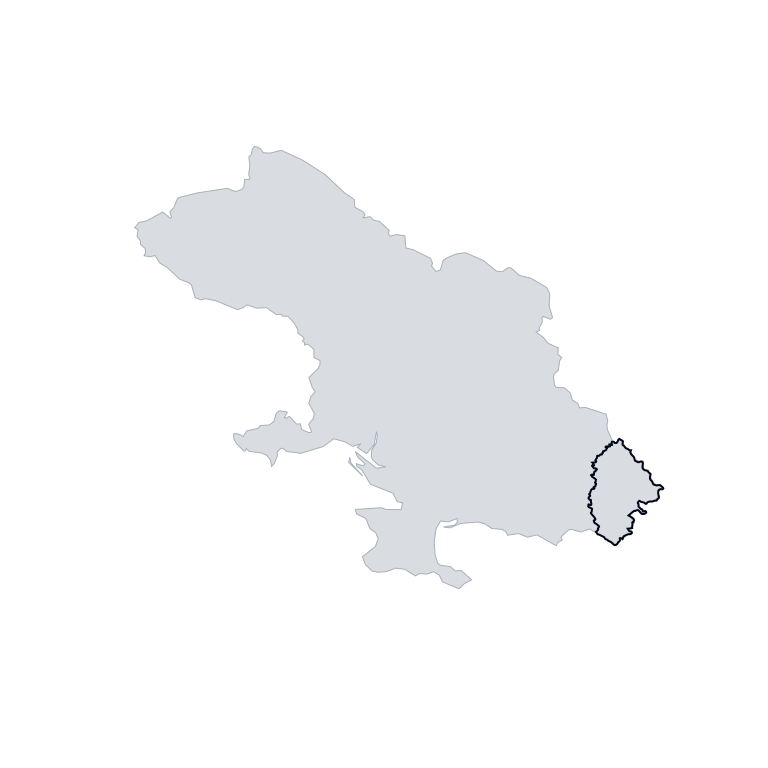 Ukraine, with Luhans'k highlighted, rotated 31°
{"feature_id": "UKR-329", "entity_name": "Luhans'k", "entity_type": "Region", "adm_level": 1, "iso_a3": "UKR", "parent_name": "Ukraine", "parent_adm1": "", "projection": "equal_earth", "projection_center": [38.683, 48.937], "detail": "fine", "context": "in_parent", "style": "outline", "palette": "ink", "viewbox_px": 768, "rotation_deg": 31, "n_neighbors": 0, "source": "natural_earth", "source_scale": "10m", "svg_char_len": 9475}
<svg xmlns="http://www.w3.org/2000/svg" viewBox="0 0 768 768"><g transform="rotate(31 384 384)"><path d="M508.3,493.4L516.0,504.4L522.5,510.0L525.9,510.2L535.2,506.3L541.1,507.6L546.4,504.1L559.9,506.7L555.7,513.7L553.7,520.9L536.1,523.5L529.7,519.3L522.9,519.5L518.9,524.7L512.0,528.2L509.7,532.3L497.3,532.1L488.9,535.8L482.4,543.8L475.3,548.8L469.7,550.4L461.2,548.4L454.5,543.2L460.3,527.7L458.7,519.5L453.3,515.6L446.5,515.3L437.7,508.6L427.4,509.5L424.1,506.2L445.7,491.3L450.3,490.6L463.4,482.8L461.2,476.4L455.7,478.0L448.3,473.0L424.0,476.9L409.7,469.3L402.9,468.4L401.3,466.6L408.4,464.9L409.0,462.1L399.3,460.3L394.2,456.7L420.8,460.1L428.2,454.1L420.7,456.3L413.3,454.9L410.6,453.0L407.5,446.9L407.7,438.5L404.6,431.1L402.1,428.7L406.7,440.9L404.9,452.7L393.7,452.0L394.9,447.2L389.3,453.6L380.5,453.7L369.1,456.8L363.9,469.1L348.5,486.2L335.0,492.0L330.5,491.1L328.6,492.5L327.4,497.7L329.6,500.3L331.0,508.8L330.1,512.5L325.8,507.7L320.4,505.5L314.3,506.3L303.1,511.2L299.3,510.3L299.5,512.8L298.5,513.6L288.3,511.1L283.9,508.7L280.7,504.2L284.1,502.1L290.4,501.3L290.5,494.9L298.9,486.9L299.4,483.2L306.6,478.4L308.9,472.9L306.8,465.0L308.0,460.8L315.7,458.0L316.0,464.2L317.6,463.7L319.5,460.5L329.6,463.4L332.8,461.3L336.9,465.5L344.8,464.3L346.8,462.4L340.2,457.4L341.2,449.5L339.3,445.0L329.5,439.3L327.8,432.3L329.1,426.2L324.1,423.8L316.3,417.0L319.5,404.9L319.2,400.4L317.1,396.9L310.5,397.5L306.0,390.4L298.1,389.1L295.7,391.6L294.6,389.3L291.9,389.4L292.3,386.5L290.5,385.4L283.9,384.7L282.5,382.0L275.6,378.0L266.9,375.4L262.0,378.0L259.9,377.3L256.1,379.9L243.7,379.2L235.9,384.5L225.5,386.9L224.2,390.7L220.1,395.8L197.0,399.2L187.0,402.9L183.6,406.2L177.6,407.3L168.0,398.3L164.9,397.7L154.8,399.4L138.4,395.8L129.8,395.9L121.4,391.8L118.3,395.2L112.3,397.7L112.0,394.2L109.4,390.8L103.4,389.8L101.6,386.8L96.3,384.7L93.8,378.4L89.8,378.4L90.8,371.6L96.3,366.7L105.8,350.6L115.5,352.0L115.9,350.3L111.7,346.5L113.0,341.4L111.4,331.3L113.5,328.5L125.4,316.5L149.0,296.9L157.6,295.6L161.8,290.6L162.3,287.1L159.2,280.3L163.5,277.8L163.3,276.7L160.0,274.0L156.9,266.4L151.2,259.0L152.1,255.6L150.2,250.6L150.7,246.9L156.6,245.9L161.5,247.9L167.4,244.8L175.6,236.6L198.2,234.1L225.4,234.8L251.9,240.5L263.5,241.2L268.0,247.5L277.7,247.3L280.4,248.5L280.5,252.3L285.9,247.7L290.6,249.0L296.3,247.0L309.3,249.7L310.6,253.1L313.2,254.1L317.3,249.8L325.5,246.2L332.7,256.1L339.4,254.0L358.9,252.3L363.4,255.4L364.0,258.4L370.6,260.8L373.6,257.2L371.0,247.5L372.8,243.8L378.7,235.5L386.2,229.5L405.1,227.0L422.4,229.3L427.6,226.8L430.4,220.5L432.7,219.1L444.4,221.2L455.3,217.7L473.9,217.6L479.7,221.3L485.4,232.1L494.2,240.1L493.5,242.7L485.3,244.2L485.1,245.5L487.7,249.2L488.4,256.9L489.8,257.8L487.7,261.2L496.5,262.0L503.5,264.6L514.8,263.3L517.7,269.1L522.6,269.8L522.6,273.6L526.4,282.6L524.7,287.4L525.3,290.3L530.9,297.2L533.6,298.2L540.6,294.4L547.9,295.6L553.9,300.8L560.1,300.8L563.9,303.8L568.5,300.4L589.9,295.5L594.9,300.4L595.7,303.5L598.8,307.9L609.8,315.6L613.1,314.8L614.1,311.3L616.7,310.2L622.9,313.8L629.2,314.3L638.0,319.5L646.2,318.3L650.4,322.9L655.6,323.5L665.9,330.0L675.6,329.8L674.9,335.8L677.1,338.3L676.6,343.2L669.6,351.0L663.0,353.3L665.2,357.2L672.9,359.8L673.3,361.0L666.5,361.6L663.6,364.5L661.7,370.7L668.0,372.7L669.8,380.3L668.4,382.7L672.0,384.2L664.9,402.0L634.9,402.3L629.0,409.5L620.0,411.9L617.3,414.0L614.5,424.1L617.1,426.0L614.5,430.3L614.9,433.9L592.7,434.6L586.0,441.3L576.3,443.0L567.9,449.9L564.4,447.8L560.1,447.8L550.8,452.3L542.4,451.9L535.8,453.8L521.5,464.1L514.8,473.2L508.4,476.0L517.4,468.5L517.9,464.6L515.9,461.6L510.2,469.0L503.0,472.4L503.1,481.1L508.3,493.4ZM413.3,473.9L394.0,469.4L392.4,464.5L396.5,468.8L413.3,473.9Z" fill="#d9dde1" stroke="#a8b0b8" stroke-width="1"/><path d="M614.5,309.8L616.5,309.9L617.4,309.8L618.0,309.9L618.5,310.3L619.4,312.7L619.8,313.1L620.5,313.4L621.9,313.5L622.4,313.7L623.2,314.1L624.4,314.5L626.7,314.1L628.3,314.4L628.6,314.3L628.9,314.1L629.7,313.9L629.8,313.8L630.0,314.7L630.1,315.3L630.3,315.7L630.5,315.9L632.4,317.0L635.8,317.9L636.9,318.7L637.7,319.7L638.6,320.4L641.6,320.3L642.2,320.1L642.8,319.7L643.8,318.4L644.4,317.9L645.6,317.5L646.5,318.2L648.3,322.0L649.0,322.8L650.0,323.4L651.2,323.6L652.5,323.4L653.7,322.9L654.9,322.6L656.1,323.3L656.7,323.5L658.6,323.7L659.0,324.1L659.4,325.1L659.9,326.8L660.8,328.2L661.7,328.8L662.9,329.1L664.2,329.6L665.9,330.9L666.6,331.2L667.4,331.2L668.4,331.0L669.4,330.7L670.2,330.3L672.1,328.7L672.9,328.5L673.5,328.5L676.7,329.2L677.2,329.6L677.1,330.5L676.6,331.1L675.3,331.7L674.7,332.1L674.1,333.5L674.3,334.8L675.0,336.0L676.3,337.7L677.8,339.1L678.2,339.8L678.2,340.5L677.7,341.9L677.7,343.4L677.4,343.8L676.7,344.2L676.0,344.6L675.0,346.1L674.4,346.6L672.5,347.8L671.6,348.5L670.9,349.5L670.7,350.0L670.7,351.2L670.5,351.7L670.1,351.9L669.6,351.9L668.7,351.8L667.7,351.8L665.0,352.6L663.4,352.5L662.8,352.8L662.6,354.9L663.0,355.4L663.7,355.8L664.3,356.3L664.7,357.0L665.0,357.6L665.4,358.0L666.1,358.3L668.7,358.8L669.8,358.6L670.2,358.7L670.6,358.9L671.2,359.6L671.6,359.8L672.3,359.4L672.9,358.8L673.5,358.3L674.3,358.4L675.0,359.1L674.9,359.9L674.5,360.7L673.9,361.4L672.4,362.4L671.1,362.5L667.5,361.3L666.8,361.3L666.1,361.6L665.4,362.3L665.1,362.7L664.9,363.2L664.7,363.6L663.9,363.8L663.6,364.2L661.6,369.8L661.3,370.8L662.6,370.8L663.2,370.6L667.1,371.0L667.9,371.4L668.6,372.1L668.8,373.2L668.9,373.5L669.1,374.1L668.9,374.4L668.6,374.5L668.3,374.5L668.2,374.5L668.3,375.2L668.6,375.5L668.9,375.7L670.0,377.7L670.3,378.7L670.6,379.3L670.9,379.7L670.2,380.3L669.6,380.9L667.4,382.5L669.6,383.7L670.3,383.7L672.0,383.1L672.7,383.3L673.2,384.0L673.1,384.8L672.7,385.6L672.1,386.1L670.6,387.1L670.0,387.8L668.3,390.4L667.9,391.2L667.9,392.2L668.4,393.5L668.3,393.9L668.3,394.0L668.0,393.9L666.2,394.2L665.9,394.4L665.6,394.8L665.7,395.0L666.0,395.3L666.3,395.7L666.8,396.7L666.8,397.1L666.8,397.7L666.7,398.1L666.3,398.7L666.2,399.1L666.2,399.4L666.4,400.0L666.2,401.4L665.7,402.5L664.8,403.2L663.7,403.4L660.5,402.6L659.5,402.6L657.5,402.9L656.5,402.8L655.7,402.5L654.3,402.9L653.6,402.9L653.0,402.7L651.9,402.0L651.2,401.9L646.4,402.3L645.1,402.6L644.5,402.7L643.8,402.5L642.0,401.5L641.9,401.5L642.0,401.1L642.6,398.9L642.5,398.3L642.1,398.0L641.9,397.9L641.8,397.6L641.8,397.2L641.8,395.8L641.8,395.4L641.6,395.2L638.6,394.6L636.2,394.6L635.9,394.5L635.5,394.3L634.7,393.6L634.4,393.3L634.2,393.1L634.3,392.7L634.5,392.3L634.8,391.9L634.9,391.7L634.9,391.1L634.8,390.9L634.6,390.8L632.7,389.8L628.6,388.5L627.9,388.1L627.8,387.9L627.7,387.8L627.9,386.8L627.8,386.5L627.3,385.5L627.1,385.1L627.0,384.7L626.9,384.3L626.7,383.9L626.4,383.7L623.1,384.0L622.6,383.9L622.2,383.7L621.9,383.5L621.7,382.9L621.4,382.1L621.4,381.8L621.5,381.7L623.2,381.4L623.4,381.3L623.7,381.1L623.8,380.9L623.8,380.6L623.7,380.4L623.3,379.7L623.0,379.3L622.3,378.8L622.0,378.5L621.8,378.0L621.7,377.7L621.3,377.1L621.1,376.9L620.9,376.8L620.4,377.3L620.1,377.3L619.9,377.3L619.5,377.1L618.9,377.0L618.6,376.9L618.2,376.6L618.0,376.4L617.9,376.2L617.9,375.9L617.9,375.6L618.0,375.1L618.3,374.3L618.3,374.0L618.3,373.6L618.2,373.5L618.0,373.4L617.5,373.3L617.1,373.2L616.8,373.0L616.6,372.8L616.6,372.6L616.6,372.3L616.9,371.6L616.9,371.4L616.8,371.1L616.4,370.1L616.4,369.4L616.3,368.7L616.2,367.5L616.3,367.2L616.6,366.8L617.4,366.3L617.9,365.7L618.1,365.3L618.1,365.1L618.0,364.9L617.9,364.9L617.0,365.0L616.9,365.0L616.8,364.8L616.8,364.4L616.9,364.1L617.6,363.2L617.7,362.9L617.8,362.7L617.7,362.4L617.6,361.9L617.3,361.5L617.2,361.2L617.3,360.8L617.3,360.5L617.2,360.3L617.1,360.2L616.0,360.0L615.8,359.8L615.6,359.7L615.6,358.9L615.6,358.6L615.5,358.2L615.1,357.3L615.0,356.8L613.7,356.5L610.0,356.3L609.8,356.2L609.6,356.1L609.3,355.8L609.1,355.7L608.5,355.5L608.4,355.4L608.6,354.9L608.8,354.7L609.3,354.7L609.5,354.7L609.6,354.3L609.6,354.2L610.3,354.1L610.5,354.0L610.7,353.7L609.7,351.6L609.5,351.1L609.5,350.7L610.0,350.2L610.2,349.9L610.2,349.7L610.2,349.1L610.2,348.8L610.5,347.7L610.3,347.4L610.2,347.4L608.8,347.3L608.6,347.4L607.6,348.1L607.2,348.2L606.2,347.6L604.8,347.2L604.5,347.0L604.4,346.8L604.4,346.6L604.7,346.0L604.7,345.9L604.9,345.8L605.8,345.8L605.9,345.7L606.0,345.6L606.0,345.4L605.9,345.3L605.7,345.2L605.1,345.1L604.8,345.0L604.3,344.5L603.9,344.2L603.6,344.1L603.2,344.0L604.0,343.4L604.9,342.9L605.3,342.5L605.8,341.9L605.9,341.6L605.9,341.4L605.9,341.2L605.7,341.0L605.6,340.9L605.2,340.8L604.6,340.7L604.4,340.3L604.4,339.8L604.6,337.7L604.3,336.9L603.8,336.3L603.7,336.1L603.8,335.8L604.2,335.3L604.5,335.2L605.0,335.1L605.3,334.8L605.5,334.4L605.7,333.7L605.8,333.1L605.9,332.9L606.1,332.8L606.7,332.4L606.9,332.3L607.1,332.1L607.1,331.9L607.0,331.6L606.7,330.8L606.7,330.6L607.0,330.4L607.1,330.2L606.7,329.7L606.5,329.2L606.5,328.9L606.5,328.7L606.9,328.5L607.1,328.4L607.2,328.2L607.5,327.5L607.6,327.3L608.0,326.9L608.2,326.7L608.3,326.3L608.3,326.0L608.2,325.5L608.3,324.3L608.3,324.2L608.2,324.0L608.0,323.8L607.9,323.8L607.7,323.8L606.7,324.1L606.4,324.0L606.3,323.7L606.4,323.4L606.8,322.9L607.1,322.6L607.3,322.5L608.2,322.6L608.4,322.6L608.7,322.0L608.9,321.7L609.0,321.6L609.5,321.4L609.7,321.2L609.8,321.1L609.7,320.9L608.3,320.1L608.2,319.8L608.3,319.6L608.5,319.5L609.0,319.2L609.7,319.1L610.6,319.0L610.7,318.9L610.9,318.8L610.9,318.7L610.1,318.1L609.7,317.7L609.2,316.7L609.1,316.1L610.5,315.3L610.9,315.2L611.2,315.3L611.8,315.6L612.2,315.7L613.7,314.8L613.9,313.0L613.6,311.1L613.9,309.9L614.5,309.8Z" fill="none" stroke="#020617" stroke-width="2"/></g></svg>